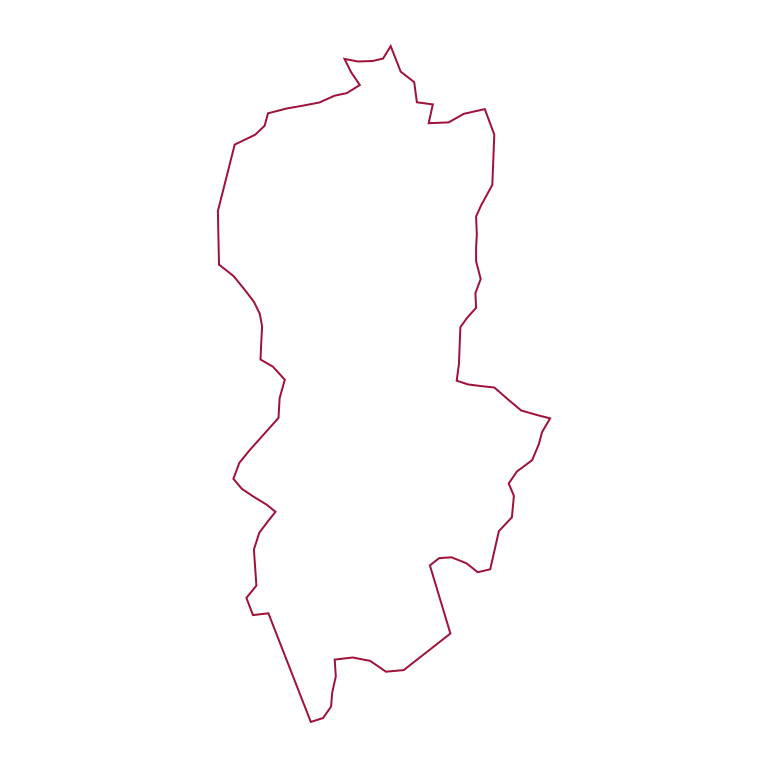 the district of Bom Princípio, Rio Grande do Sul, Brazil
{"feature_id": "56859067B75170256943646", "entity_name": "Bom Princípio", "entity_type": "district", "adm_level": 2, "iso_a3": "BRA", "parent_name": "Brazil", "parent_adm1": "Rio Grande do Sul", "projection": "mercator", "projection_center": [-51.361, -29.474], "detail": "fine", "context": "isolated", "style": "outline", "palette": "rose", "viewbox_px": 768, "rotation_deg": 0, "n_neighbors": 0, "source": "geoboundaries", "source_scale": "gbopen_adm2", "svg_char_len": 1316}
<svg xmlns="http://www.w3.org/2000/svg" viewBox="0 0 768 768"><path d="M484.8,109.1L463.8,113.8L448.6,122.4L428.7,123.2L432.8,104.4L416.9,102.3L414.2,82.1L400.7,71.7L390.7,46.1L383.0,58.6L372.5,61.0L357.9,61.5L344.5,58.9L351.1,72.2L359.8,85.0L346.8,93.1L334.5,95.7L319.4,102.5L302.6,105.7L286.7,108.5L268.0,113.3L264.6,125.8L255.2,134.7L234.7,144.6L217.9,211.0L219.0,264.6L233.6,276.1L244.5,289.5L253.9,301.8L259.8,313.8L262.1,326.6L261.2,343.9L260.5,359.5L272.8,366.6L284.8,379.7L279.6,398.3L278.5,417.9L249.8,450.0L239.3,462.9L233.4,478.8L241.8,488.8L253.9,496.9L266.4,504.5L275.5,511.8L268.0,521.2L259.3,532.7L253.9,549.5L255.2,568.3L256.4,585.6L246.4,597.9L253.0,615.1L268.4,613.3L310.8,721.9L323.1,718.0L331.1,706.5L332.2,692.6L335.8,676.4L334.7,659.6L352.7,657.5L370.2,660.9L385.9,671.7L403.7,670.1L450.4,633.5L429.9,565.4L439.2,558.1L451.5,557.3L466.5,563.3L477.7,572.2L490.2,569.3L498.9,531.1L511.9,517.3L513.9,495.8L508.7,483.5L516.9,471.5L532.1,460.2L538.7,444.6L542.1,432.0L550.1,418.4L536.9,415.0L521.2,410.5L508.2,399.6L494.3,387.5L482.0,386.2L467.9,384.4L456.7,380.7L459.0,363.5L459.7,344.1L460.4,327.1L467.2,317.7L476.1,307.8L475.4,293.1L480.7,279.0L476.1,261.2L476.1,247.9L476.8,234.6L476.1,216.5L481.3,205.0L492.3,184.9L494.3,134.7L484.8,109.1Z" fill="none" stroke="#9f1239" stroke-width="2"/></svg>